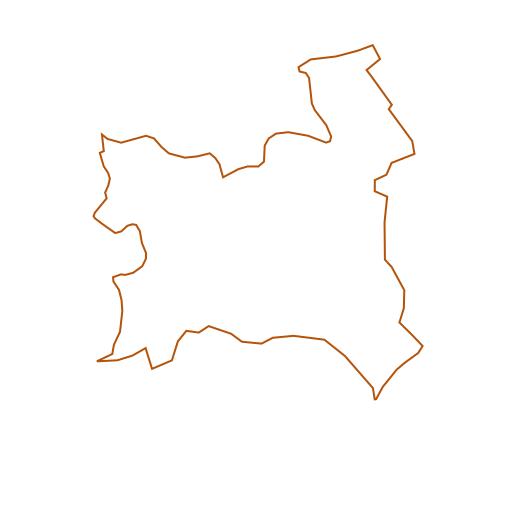 Ashtarak, Aragatsotn, Armenia (Natural Earth projection), rotated 163°
{"feature_id": "60910142B23777318825008", "entity_name": "Ashtarak", "entity_type": "district", "adm_level": 2, "iso_a3": "ARM", "parent_name": "Armenia", "parent_adm1": "Aragatsotn", "projection": "natural_earth1", "projection_center": [44.276, 40.353], "detail": "fine", "context": "isolated", "style": "outline", "palette": "amber", "viewbox_px": 512, "rotation_deg": 163, "n_neighbors": 0, "source": "geoboundaries", "source_scale": "gbopen_adm2", "svg_char_len": 1591}
<svg xmlns="http://www.w3.org/2000/svg" viewBox="0 0 512 512"><g transform="rotate(163 256 256)"><path d="M439.0,201.8L419.1,196.8L403.2,196.9L388.5,200.2L388.5,194.8L388.4,178.5L366.9,180.8L355.7,197.2L344.5,204.8L333.1,199.5L321.8,202.8L302.5,188.9L294.5,178.1L276.3,170.6L263.9,172.9L243.5,168.7L215.1,156.0L200.2,134.4L182.8,95.5L184.4,84.2L183.0,84.0L172.9,93.9L165.6,98.8L154.7,106.2L145.0,110.4L129.3,115.8L123.0,121.2L129.6,134.4L138.3,150.5L129.9,162.8L124.2,179.9L129.5,205.9L133.8,214.8L123.2,250.7L113.2,274.4L123.5,283.2L120.2,293.8L107.5,295.6L99.1,305.4L74.6,307.3L73.0,320.3L86.1,357.6L81.9,360.9L93.2,394.2L95.9,401.5L79.8,408.1L82.7,423.5L98.2,422.6L121.1,423.4L146.1,428.0L150.8,426.7L159.0,424.5L160.1,424.2L160.4,419.7L154.9,416.5L153.2,410.8L155.2,400.2L158.0,385.5L157.1,378.2L150.5,360.4L149.2,348.2L151.7,344.1L155.9,344.0L170.9,355.7L188.8,364.9L201.1,367.2L209.5,364.7L215.4,359.0L220.8,343.9L227.6,340.9L237.8,344.1L247.5,344.2L264.5,340.9L264.1,354.3L266.3,361.6L270.2,367.7L282.9,368.4L295.2,370.8L309.3,379.6L314.4,387.7L319.2,398.3L326.0,403.1L351.9,403.8L363.8,411.4L367.8,417.2L370.9,400.8L375.2,400.3L375.4,386.3L373.1,378.5L373.1,372.8L376.5,366.8L381.7,360.8L382.0,354.8L397.5,344.5L399.7,341.5L399.0,339.1L393.4,331.3L383.9,319.1L377.7,318.9L370.2,322.5L364.9,322.5L361.5,320.8L359.8,313.6L361.3,301.9L360.3,290.8L362.1,285.6L367.7,279.5L378.3,275.9L386.4,276.1L390.5,277.9L398.9,277.5L399.8,273.3L396.9,263.5L397.5,253.0L399.9,242.5L408.2,223.3L412.0,219.1L417.8,212.7L422.1,204.3L439.0,201.8Z" fill="none" stroke="#b45309" stroke-width="2"/></g></svg>